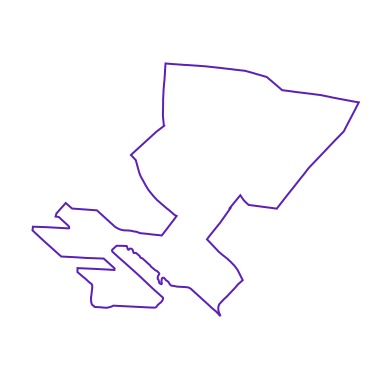 Comuna 2, Ciudad de Buenos Aires, Argentina (Robinson projection), rotated 188°
{"feature_id": "61730980B26508052382857", "entity_name": "Comuna 2", "entity_type": "district", "adm_level": 2, "iso_a3": "ARG", "parent_name": "Argentina", "parent_adm1": "Ciudad de Buenos Aires", "projection": "robinson", "projection_center": [-58.391, -34.584], "detail": "fine", "context": "isolated", "style": "outline", "palette": "violet", "viewbox_px": 384, "rotation_deg": 188, "n_neighbors": 0, "source": "geoboundaries", "source_scale": "gbopen_adm2", "svg_char_len": 5221}
<svg xmlns="http://www.w3.org/2000/svg" viewBox="0 0 384 384"><g transform="rotate(188 192 192)"><path d="M323.7,148.7L322.5,148.7L320.5,148.7L310.4,141.8L308.9,140.5L308.6,139.1L309.0,138.8L331.6,136.9L333.4,136.7L344.7,135.5L344.6,131.8L333.2,123.8L312.5,109.9L297.9,111.2L287.2,112.0L284.5,112.3L271.0,113.7L270.2,113.8L258.0,105.6L258.0,104.0L267.8,103.2L280.1,102.1L294.8,100.7L294.6,99.4L294.5,98.7L294.3,96.8L290.7,94.5L288.0,92.8L285.3,91.2L281.8,88.7L278.6,86.9L277.9,85.8L277.6,84.5L277.5,83.2L277.4,82.2L277.4,81.1L277.4,80.2L277.4,79.8L277.3,77.1L277.3,75.6L277.3,74.3L277.3,73.3L277.1,72.2L277.1,71.5L276.8,70.6L276.6,69.4L276.2,68.2L275.8,67.3L275.5,66.9L275.2,66.5L274.8,66.1L274.6,66.0L273.3,65.5L272.7,64.7L271.6,64.6L270.2,64.8L266.8,65.1L264.3,65.2L262.3,65.3L259.8,65.6L257.7,66.5L256.0,67.2L255.2,67.7L254.8,68.0L254.0,68.5L216.3,71.9L215.6,72.0L214.3,72.1L213.0,72.3L212.3,72.5L211.7,72.8L211.2,73.4L210.3,75.1L210.1,75.4L209.4,76.3L208.9,76.9L207.5,78.3L206.7,79.5L206.0,81.2L205.8,82.5L206.2,83.5L207.7,84.4L209.3,85.5L214.7,89.1L217.8,91.2L233.4,102.3L247.1,111.5L254.7,116.5L255.6,117.1L261.6,121.2L262.6,121.9L263.0,122.9L263.0,123.7L259.2,128.2L255.7,128.7L253.3,129.0L249.2,129.4L248.7,128.9L248.3,127.8L248.1,127.2L247.5,126.5L247.2,126.0L246.6,126.0L246.3,126.4L245.9,127.1L244.9,127.5L243.7,127.2L243.0,126.8L242.4,125.9L242.0,125.1L241.9,124.8L241.6,124.0L241.0,123.4L240.3,123.7L238.9,123.8L237.9,123.2L236.9,122.6L236.3,122.2L234.9,121.3L234.7,120.9L234.3,120.5L233.9,119.8L232.9,119.5L232.7,119.5L231.9,119.4L230.8,118.6L229.5,117.8L228.3,117.0L227.3,116.2L225.9,115.3L223.4,113.6L222.2,112.4L221.1,111.7L220.3,111.2L219.0,110.4L218.1,109.8L217.1,109.3L215.9,109.0L214.5,108.0L213.7,107.5L213.2,106.9L213.0,106.0L213.4,105.3L213.5,105.1L213.9,104.3L214.0,103.3L214.1,103.0L214.0,102.4L213.9,101.3L213.7,101.0L213.2,100.7L212.9,100.2L212.3,98.9L211.9,97.7L211.6,97.2L211.0,96.9L210.4,96.8L209.8,96.4L209.3,96.6L209.1,97.3L209.4,98.1L209.9,99.0L209.8,99.9L209.8,100.9L209.8,102.0L209.5,102.5L209.3,102.8L208.7,103.1L207.9,103.1L207.0,102.5L206.2,101.8L205.4,100.9L204.2,100.5L203.4,100.0L202.3,99.1L201.8,98.4L201.3,97.7L200.7,97.1L200.2,96.8L199.4,96.4L196.0,96.4L193.3,96.2L192.6,96.3L185.7,96.9L182.4,97.0L179.8,96.1L158.4,81.5L156.2,79.9L155.5,79.5L154.2,78.7L152.3,77.5L151.8,77.2L146.5,73.0L148.7,76.7L149.4,78.5L149.7,79.9L149.9,81.6L149.8,82.9L149.3,84.8L148.1,86.5L147.9,86.8L145.3,90.5L144.3,91.7L143.7,92.4L142.9,93.4L135.6,103.7L133.7,106.8L131.1,109.9L130.4,110.7L129.5,111.8L131.1,114.0L132.9,116.7L136.2,121.4L139.0,124.2L139.6,124.8L142.9,127.4L143.9,128.2L147.8,130.9L148.2,131.1L153.8,134.4L156.8,136.3L157.0,136.4L161.6,140.1L162.1,140.5L168.9,145.9L170.1,146.8L170.6,147.2L169.3,149.6L168.2,151.5L161.2,163.3L160.1,165.0L151.7,181.3L152.3,181.4L147.8,188.8L143.7,195.5L139.8,191.2L139.2,190.8L138.3,190.0L134.2,187.1L133.6,187.1L120.2,187.2L111.2,187.3L105.7,187.3L104.1,190.2L99.5,198.2L95.9,204.4L93.1,209.1L92.4,210.3L91.2,212.3L86.4,220.6L85.3,222.4L83.6,225.2L83.2,226.0L80.9,230.0L79.3,232.7L71.8,243.1L64.1,253.9L63.7,254.5L63.2,255.2L60.4,259.1L56.0,265.2L50.1,273.2L48.6,277.6L45.7,285.7L42.5,294.7L39.3,304.0L41.4,304.0L41.6,304.0L48.6,304.3L57.8,304.7L59.7,304.8L65.7,305.1L66.0,305.1L66.4,305.1L66.9,305.2L77.8,305.9L83.7,305.8L88.5,305.8L89.4,305.7L92.3,305.7L92.9,305.7L102.6,305.5L107.6,305.5L109.6,305.5L114.5,305.4L115.4,305.4L116.9,305.4L122.2,308.8L122.8,309.2L124.1,310.0L126.6,311.6L130.2,313.9L130.7,314.2L133.8,316.2L137.5,316.8L139.2,317.0L140.1,317.2L144.2,317.7L147.9,318.3L155.6,319.3L156.0,319.4L156.5,319.4L166.4,319.1L170.1,319.1L175.6,318.9L183.1,318.8L183.3,318.7L185.2,318.7L194.1,318.4L195.1,318.4L204.4,317.8L204.9,317.8L205.6,317.7L214.0,317.1L217.2,316.8L217.6,316.8L218.4,316.7L219.1,316.7L227.5,316.1L228.7,316.0L228.8,316.0L236.1,315.6L235.6,308.3L235.5,307.4L235.4,306.6L234.8,298.4L234.8,297.5L234.8,296.5L234.3,288.4L234.1,286.7L234.0,285.3L233.4,278.8L233.2,277.9L233.1,277.1L231.4,263.3L229.1,253.9L228.8,253.7L229.3,253.2L235.8,246.6L242.4,238.6L249.1,230.5L256.5,221.5L257.6,220.1L257.0,219.7L254.9,218.0L252.1,215.7L250.1,211.1L249.5,209.7L248.8,208.0L248.3,206.9L246.5,202.9L244.7,199.9L243.0,197.7L242.1,196.5L240.8,194.8L239.1,192.5L237.6,190.6L235.5,188.1L232.4,185.1L229.5,182.5L227.8,181.1L226.1,179.7L225.8,179.4L225.5,179.2L224.2,178.4L223.1,177.7L222.1,177.0L221.3,176.5L220.6,176.0L219.3,175.2L218.3,174.6L217.6,174.1L216.5,173.4L215.4,172.7L214.8,172.3L213.7,171.7L212.0,170.7L211.2,170.2L210.8,169.9L210.4,169.6L210.1,169.4L209.5,169.1L208.7,168.6L208.2,168.2L207.9,168.0L207.5,167.8L207.1,167.5L206.2,167.0L205.9,166.8L205.5,166.6L205.1,166.5L204.6,166.3L203.9,166.1L206.7,160.9L206.9,160.6L212.3,151.0L215.7,145.1L215.9,144.7L217.2,144.7L218.4,144.7L225.8,144.4L226.8,144.4L231.3,144.3L235.9,144.1L238.0,144.0L238.3,144.1L239.2,144.4L240.0,144.6L241.1,144.8L242.3,144.9L243.8,144.8L244.5,144.9L245.3,145.0L246.8,145.1L248.3,145.1L251.2,144.9L252.4,144.7L253.6,144.6L254.8,144.6L256.0,144.7L257.2,144.8L258.4,145.0L259.5,145.3L260.7,145.7L261.8,146.1L263.2,146.7L283.6,160.6L303.2,159.3L308.4,158.9L315.5,163.5L323.2,152.0L323.6,149.4L323.7,148.7Z" fill="none" stroke="#5b21b6" stroke-width="2"/></g></svg>